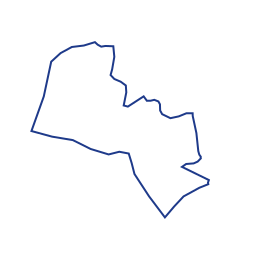 the District of Zərdab, rotated 199°
{"feature_id": "AZE-1721", "entity_name": "Zərdab", "entity_type": "District", "adm_level": 1, "iso_a3": "AZE", "parent_name": "Azerbaijan", "parent_adm1": "", "projection": "equal_earth", "projection_center": [47.672, 40.244], "detail": "fine", "context": "isolated", "style": "outline", "palette": "blue", "viewbox_px": 256, "rotation_deg": 199, "n_neighbors": 0, "source": "natural_earth", "source_scale": "10m", "svg_char_len": 874}
<svg xmlns="http://www.w3.org/2000/svg" viewBox="0 0 256 256"><g transform="rotate(199 128 128)"><path d="M218.3,93.7L217.9,130.4L222.2,165.7L216.1,176.9L207.5,186.3L196.6,191.6L187.2,198.4L183.8,196.9L179.8,196.2L176.1,198.2L168.5,200.5L164.6,191.9L164.1,190.8L162.1,178.4L161.7,172.4L156.9,169.9L151.6,169.5L150.0,169.4L143.9,167.5L141.2,161.1L139.4,147.9L135.1,148.2L123.5,163.0L119.0,159.9L115.6,161.1L112.3,163.2L107.9,163.0L105.5,160.8L103.3,155.0L100.2,152.2L91.1,151.1L83.8,155.5L77.5,161.0L71.7,163.0L70.7,160.4L61.7,145.5L54.0,129.0L51.9,126.0L49.9,124.6L49.4,123.0L49.3,122.9L51.2,118.9L54.4,115.9L61.3,112.9L64.3,108.8L34.6,105.1L34.6,102.4L33.8,101.0L41.1,94.7L53.2,81.4L58.8,68.8L64.0,55.5L85.8,70.2L106.9,86.6L113.1,96.0L119.0,104.1L128.5,102.7L137.7,96.7L156.5,96.0L176.2,98.6L197.0,95.1L218.3,93.7Z" fill="none" stroke="#1e3a8a" stroke-width="2"/></g></svg>